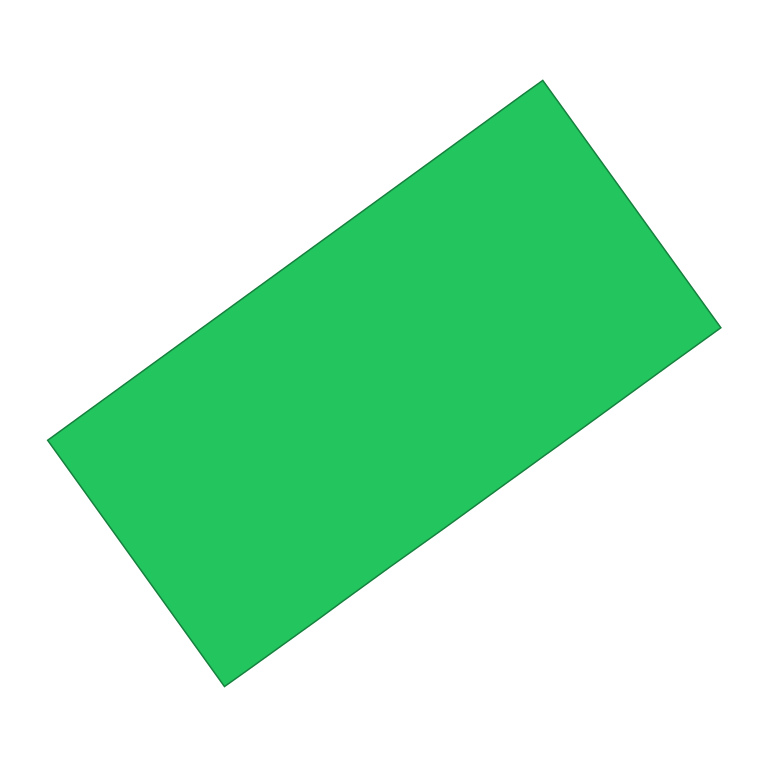 the district of McIntosh, North Dakota, United States of America, rotated 324°
{"feature_id": "52423323B18464688172612", "entity_name": "McIntosh", "entity_type": "district", "adm_level": 2, "iso_a3": "USA", "parent_name": "United States of America", "parent_adm1": "North Dakota", "projection": "natural_earth1", "projection_center": [-99.421, 46.112], "detail": "fine", "context": "isolated", "style": "filled", "palette": "green", "viewbox_px": 768, "rotation_deg": 324, "n_neighbors": 0, "source": "geoboundaries", "source_scale": "gbopen_adm2", "svg_char_len": 553}
<svg xmlns="http://www.w3.org/2000/svg" viewBox="0 0 768 768"><g transform="rotate(324 384 384)"><path d="M666.9,231.5L78.8,231.8L77.1,535.0L106.1,535.3L167.9,535.6L168.6,535.6L169.7,535.6L190.6,535.7L208.2,535.6L222.9,535.5L265.5,535.5L281.2,535.5L348.2,536.1L350.2,536.1L412.5,536.1L423.5,536.1L428.5,536.1L452.0,536.2L470.9,536.2L485.4,536.3L494.7,536.3L500.1,536.3L513.0,536.4L537.9,536.4L538.3,536.4L543.9,536.4L544.7,536.4L621.9,536.3L628.5,536.3L689.6,536.5L690.9,231.7L666.9,231.5Z" fill="#22c55e" stroke="#15803d" stroke-width="1.5"/></g></svg>